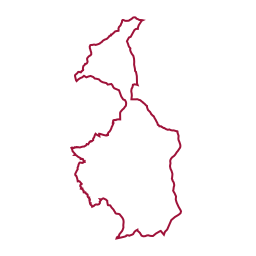 outline of Predeal, Brasov, Romania, rotated 272°
{"feature_id": "2599482B30401095830513", "entity_name": "Predeal", "entity_type": "district", "adm_level": 2, "iso_a3": "ROU", "parent_name": "Romania", "parent_adm1": "Brasov", "projection": "natural_earth1", "projection_center": [25.612, 45.498], "detail": "fine", "context": "isolated", "style": "outline", "palette": "rose", "viewbox_px": 256, "rotation_deg": 272, "n_neighbors": 0, "source": "geoboundaries", "source_scale": "gbopen_adm2", "svg_char_len": 5712}
<svg xmlns="http://www.w3.org/2000/svg" viewBox="0 0 256 256"><g transform="rotate(272 128 128)"><path d="M236.2,138.9L236.3,138.3L236.4,135.5L237.3,133.7L237.5,132.7L238.6,131.8L238.8,131.3L238.8,130.1L238.4,129.0L237.4,128.1L236.9,127.3L236.4,126.8L236.1,126.0L235.4,125.3L235.2,124.7L235.0,122.1L235.1,121.2L235.6,120.1L235.8,119.4L235.7,118.8L235.2,118.4L233.3,118.2L232.2,117.6L230.3,117.0L228.5,115.4L228.1,115.3L227.1,115.0L225.9,115.2L224.8,115.1L224.6,113.7L224.1,111.8L222.5,110.3L221.1,108.8L220.8,108.3L220.8,107.9L220.2,107.9L220.1,107.5L219.7,107.5L219.4,106.6L219.1,106.0L218.4,105.7L217.2,104.6L216.3,103.7L215.5,101.6L214.3,99.8L212.8,98.6L212.2,97.5L211.4,96.8L210.6,94.9L210.3,94.0L210.0,93.1L209.9,92.5L210.1,92.2L210.2,91.2L210.0,90.1L209.8,89.7L209.7,88.3L209.5,87.5L208.1,86.9L206.3,87.1L205.5,87.5L204.0,87.9L202.2,88.6L200.3,88.7L199.2,87.9L198.9,87.2L198.1,86.2L196.6,85.0L195.9,84.7L194.9,84.8L192.8,85.3L191.5,84.8L190.8,84.2L190.6,82.9L189.8,82.7L188.3,81.2L186.5,80.9L185.4,80.9L184.7,81.2L184.2,81.1L183.7,80.3L183.1,79.9L183.0,79.5L182.0,79.0L182.0,78.5L182.4,77.0L182.2,76.2L181.0,75.4L179.2,73.4L178.5,73.2L177.8,73.3L173.9,74.4L173.1,75.0L174.9,76.7L176.3,78.7L177.0,80.4L178.6,82.2L177.2,84.6L178.2,87.0L178.7,88.8L177.7,91.6L176.3,93.0L176.1,94.8L175.6,97.2L173.9,99.0L172.9,101.0L172.1,104.9L170.7,106.2L171.4,109.8L170.2,110.9L168.4,111.8L167.2,112.9L165.4,117.7L159.2,120.2L156.5,122.1L156.2,122.5L155.9,123.8L155.5,124.2L154.0,125.0L152.8,125.3L150.8,125.2L150.0,125.0L149.2,124.3L147.2,123.0L146.4,122.0L144.2,120.2L143.3,119.7L142.2,119.6L136.3,119.9L136.3,117.8L135.9,115.9L135.5,115.6L135.5,113.9L135.2,113.1L134.8,112.9L133.1,113.2L133.1,112.7L132.3,112.6L132.0,113.2L129.4,112.2L128.5,111.7L127.2,111.4L125.5,110.7L123.8,109.7L123.1,108.8L122.4,108.4L121.4,108.0L120.6,108.3L119.4,108.3L119.6,108.3L120.1,107.7L119.9,107.4L120.1,106.9L119.8,106.8L119.7,106.4L120.2,103.8L121.2,100.1L121.2,99.4L118.8,99.7L120.3,96.8L121.1,95.8L120.0,95.2L117.3,94.4L116.3,93.6L114.6,93.6L114.4,93.2L113.6,92.4L113.7,91.5L113.0,91.2L113.0,90.2L110.3,88.8L110.5,87.3L109.3,86.9L107.9,84.7L107.9,83.8L107.6,82.6L106.9,80.7L106.9,79.7L107.2,78.5L106.8,77.7L107.2,77.2L106.8,75.9L106.5,75.6L106.8,75.1L106.1,74.4L106.1,73.6L106.3,72.9L106.5,72.7L106.2,72.1L104.3,73.1L102.9,73.4L99.9,76.3L99.5,76.3L99.3,75.6L99.2,75.5L99.2,76.3L99.1,76.8L98.6,77.7L97.6,78.9L96.1,81.8L95.3,81.8L95.4,83.1L95.3,83.4L95.5,83.8L95.3,84.1L94.2,84.5L93.5,85.0L93.3,84.9L93.1,85.3L93.3,85.8L92.9,85.8L92.6,85.9L92.5,85.3L92.1,84.7L91.6,84.0L91.5,83.6L91.8,81.3L91.7,80.8L91.2,80.5L89.6,79.8L88.1,79.6L86.7,79.0L86.1,79.0L85.1,79.2L83.7,78.4L80.4,76.9L79.3,76.9L78.6,77.4L78.5,77.9L77.7,78.3L75.4,79.1L73.0,79.6L73.3,80.4L73.0,80.7L73.0,81.4L70.5,83.7L70.1,83.5L70.0,82.9L69.2,82.3L67.9,82.4L66.9,83.6L66.3,83.7L66.0,83.1L65.7,83.0L65.5,84.1L65.4,84.2L65.7,84.3L65.7,84.5L65.3,84.4L64.7,84.9L63.9,85.8L63.1,85.7L62.4,85.9L62.6,86.2L62.2,86.9L62.2,87.5L61.8,87.5L61.5,87.7L61.3,88.2L60.8,88.6L60.9,88.9L60.5,89.2L60.1,89.9L59.2,90.1L58.7,89.9L57.7,90.3L57.2,90.9L57.2,91.5L56.6,91.4L56.3,91.9L55.7,92.2L55.3,92.2L55.0,92.0L54.9,92.3L55.0,92.4L54.8,92.5L54.3,92.2L53.2,92.2L51.2,92.7L51.4,93.3L50.0,93.4L49.7,93.7L49.3,94.5L48.2,94.7L48.8,94.9L48.1,95.0L48.9,96.6L49.8,97.3L50.5,98.7L50.4,100.4L50.9,101.8L52.2,102.6L53.4,102.3L54.8,103.4L55.8,102.6L55.7,103.7L56.0,104.4L56.5,105.0L56.8,105.9L55.7,108.4L54.5,109.8L53.6,109.8L50.5,110.5L50.2,110.7L50.0,113.0L48.0,114.3L45.9,116.4L44.8,117.0L43.6,117.9L42.5,118.4L42.0,119.2L41.8,121.7L41.5,122.6L38.1,125.5L36.3,126.5L34.9,126.8L33.7,126.9L30.7,126.7L28.3,126.9L26.0,126.2L24.9,125.7L21.3,123.0L19.8,122.8L18.3,120.7L17.2,120.4L18.4,125.2L19.4,128.7L19.9,129.8L20.6,130.2L20.8,131.4L20.6,132.7L20.4,133.0L21.6,135.9L22.1,136.8L24.1,137.9L24.8,138.4L26.2,140.1L26.2,140.8L26.4,141.0L25.7,141.1L23.7,143.5L20.9,145.3L20.3,147.0L20.5,148.9L21.3,150.7L21.5,152.0L21.0,153.9L20.9,156.1L21.0,156.8L23.5,159.6L26.0,163.6L26.3,164.3L22.6,167.6L25.2,168.4L26.1,169.0L27.4,170.3L28.1,170.8L37.5,174.5L40.7,178.0L42.7,181.1L43.7,182.4L44.8,183.5L46.2,183.8L46.6,183.9L48.0,183.2L50.8,181.4L55.0,179.3L56.7,178.7L58.4,178.2L61.3,178.4L64.7,176.7L65.5,176.1L67.0,175.3L67.7,175.5L70.7,175.8L71.7,176.1L72.6,176.2L74.8,175.7L75.8,175.2L77.0,174.3L77.6,174.3L78.8,173.6L79.8,173.8L83.0,174.0L84.1,173.9L86.9,172.9L88.7,171.9L91.4,171.3L94.4,171.7L95.7,171.4L97.2,171.4L98.7,172.0L100.2,173.1L101.7,175.0L103.0,176.1L105.7,177.7L106.6,178.5L110.3,180.8L111.8,181.0L113.2,180.8L116.2,179.7L117.6,179.0L119.0,178.7L122.0,178.8L124.9,177.7L125.8,177.7L126.3,177.5L126.2,177.1L126.5,176.9L126.6,176.1L127.2,173.8L127.1,172.3L127.3,171.2L127.5,170.4L128.0,169.5L127.6,167.9L128.2,166.0L129.3,164.2L129.2,163.6L129.3,163.4L130.3,161.9L130.3,161.5L130.9,160.9L130.8,159.3L131.2,159.1L131.8,158.6L132.1,158.3L132.2,157.7L133.9,157.2L136.6,155.6L137.3,155.3L138.5,154.4L140.3,153.5L141.0,152.9L141.2,152.2L142.1,151.5L142.5,150.8L142.9,150.7L144.8,149.5L146.8,147.3L149.4,146.3L150.7,146.2L151.2,145.3L152.9,143.6L154.0,142.0L154.4,141.8L155.2,140.4L155.6,140.1L156.2,139.3L156.6,137.6L157.0,136.7L157.1,135.9L156.9,135.2L156.8,130.4L160.3,130.7L162.4,130.5L164.6,130.0L165.4,130.0L167.2,130.2L169.1,131.1L171.3,131.4L171.3,131.9L171.8,132.5L171.9,132.8L171.6,135.1L171.3,136.1L172.8,135.5L173.8,135.4L180.2,135.0L184.4,134.0L184.9,133.3L185.8,133.0L187.2,132.9L191.5,131.9L194.6,131.9L197.5,131.6L200.3,130.8L202.4,129.1L204.7,127.9L206.2,127.4L207.7,127.6L209.2,126.2L210.2,125.7L211.8,125.2L214.7,123.9L218.5,125.8L219.2,127.5L226.1,131.0L227.1,132.2L227.4,133.1L227.4,134.4L229.0,134.5L231.2,135.2L235.7,137.9L236.2,138.9Z" fill="none" stroke="#9f1239" stroke-width="2"/></g></svg>